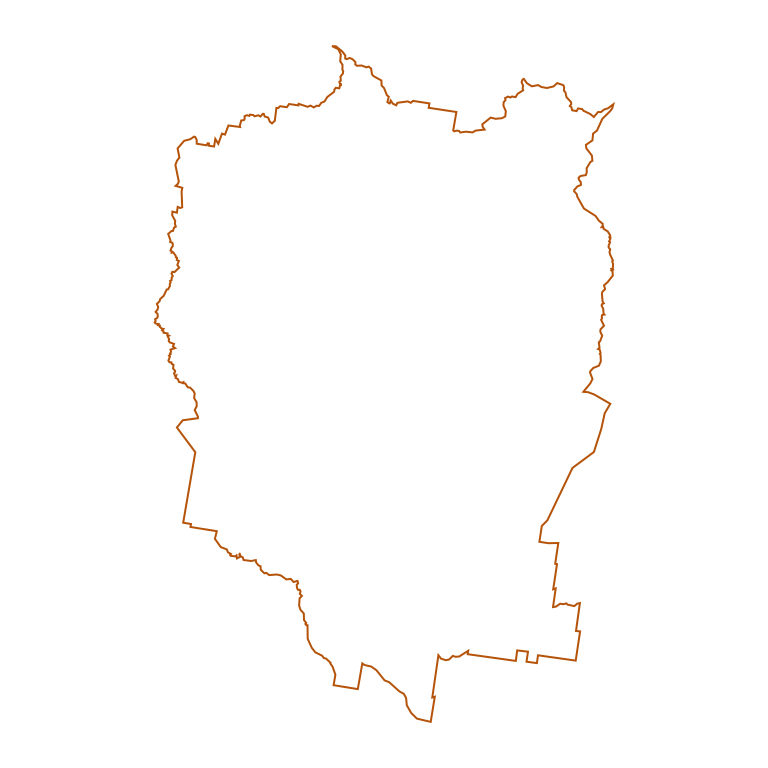 Cardinia, Victoria, Australia (Natural Earth projection)
{"feature_id": "25037944B56409622243598", "entity_name": "Cardinia", "entity_type": "district", "adm_level": 2, "iso_a3": "AUS", "parent_name": "Australia", "parent_adm1": "Victoria", "projection": "natural_earth1", "projection_center": [145.459, -38.095], "detail": "fine", "context": "isolated", "style": "outline", "palette": "amber", "viewbox_px": 768, "rotation_deg": 0, "n_neighbors": 0, "source": "geoboundaries", "source_scale": "gbopen_adm2", "svg_char_len": 6062}
<svg xmlns="http://www.w3.org/2000/svg" viewBox="0 0 768 768"><path d="M430.7,721.9L434.8,696.7L432.3,697.5L438.4,655.2L441.0,658.6L445.8,660.2L449.1,659.5L452.8,655.9L455.6,656.8L459.2,656.5L468.2,650.8L467.7,654.2L515.8,660.9L517.2,650.4L528.0,651.7L526.5,661.7L536.9,663.1L538.0,655.3L575.7,660.6L580.1,631.4L576.0,631.0L579.9,603.1L577.3,603.6L574.3,606.1L567.5,604.6L566.4,603.4L563.3,604.2L560.2,603.7L556.0,606.6L553.0,607.1L555.7,588.4L553.2,589.3L557.0,564.1L555.2,563.8L558.3,543.0L548.3,543.2L539.4,541.8L541.8,526.0L547.4,520.3L572.5,467.9L593.9,452.0L601.3,428.8L604.7,413.3L610.3,403.8L594.2,394.5L588.2,392.2L583.4,391.8L590.4,383.2L592.5,379.0L590.0,372.5L590.3,371.3L593.2,368.0L598.9,365.7L600.8,361.4L600.6,354.9L599.8,354.0L600.6,352.9L599.6,349.4L598.1,349.0L599.5,347.5L598.8,342.3L600.1,341.2L602.2,335.7L600.3,331.8L600.5,329.4L604.0,325.7L601.1,319.8L602.1,318.2L601.7,316.5L602.2,315.0L604.4,314.6L603.6,313.7L603.2,308.8L601.6,305.6L601.9,304.3L603.8,303.3L602.6,301.5L601.9,293.7L602.4,291.8L605.1,289.1L604.0,285.3L607.5,282.3L612.8,275.6L612.5,271.1L611.7,270.6L612.3,270.3L611.7,269.5L612.6,269.4L612.0,268.8L612.8,268.7L613.1,264.0L612.2,261.4L612.9,260.5L610.1,254.5L609.5,252.2L610.2,249.3L608.7,247.6L608.6,245.8L610.1,242.1L609.1,241.4L610.4,238.8L609.5,237.7L610.3,237.2L609.6,236.4L610.2,235.4L607.8,231.5L603.5,228.7L603.3,226.9L601.7,227.1L602.7,225.6L602.7,223.8L598.9,220.7L595.5,215.9L583.9,208.5L577.4,196.9L576.6,193.9L574.2,191.4L574.2,190.0L577.4,186.4L580.9,185.0L580.8,182.2L579.0,179.8L578.6,177.7L580.6,176.0L585.8,175.1L586.8,172.1L586.6,168.3L590.4,162.0L592.4,160.8L591.9,155.6L586.4,148.4L585.9,144.9L592.4,140.4L593.1,133.6L596.9,130.7L602.3,118.9L610.4,110.9L612.3,108.2L613.3,104.3L608.0,108.3L604.4,109.4L600.9,112.1L598.1,112.0L593.8,117.0L590.4,114.1L583.4,110.7L582.1,109.1L578.1,108.4L576.6,111.1L572.2,110.3L571.4,107.2L569.8,106.0L571.3,104.0L570.9,101.9L566.5,97.2L565.4,92.3L563.9,90.6L564.2,87.7L563.4,85.2L557.2,83.1L553.6,86.4L546.9,88.0L541.4,87.0L538.2,85.1L531.8,86.3L526.9,83.2L523.8,78.9L522.5,79.6L521.6,82.2L523.1,85.8L522.6,88.3L523.2,90.3L517.6,93.8L515.6,97.1L511.9,96.5L510.4,97.5L508.0,96.6L505.1,98.1L505.5,100.2L503.7,102.1L503.4,105.6L505.8,111.1L505.3,116.4L502.0,118.2L495.6,118.8L490.7,117.6L482.3,124.3L482.7,126.9L484.6,129.6L475.5,130.6L472.6,132.4L465.8,131.7L460.3,132.5L459.1,131.0L457.0,130.6L454.2,131.3L453.2,130.4L456.4,112.0L428.7,107.8L429.4,103.4L413.0,100.9L410.9,102.8L407.7,101.4L397.4,102.8L396.2,105.3L392.9,103.7L390.7,100.5L389.8,103.4L389.1,103.4L387.4,102.0L388.8,96.7L386.9,95.2L384.1,88.1L381.6,85.5L381.4,80.5L373.5,76.1L372.0,74.3L371.1,68.6L368.7,66.6L366.4,67.3L361.5,65.5L357.1,65.8L355.3,64.5L355.4,62.0L352.5,59.2L349.8,58.0L346.6,59.1L345.2,58.5L345.3,55.5L342.3,51.5L335.9,46.3L332.0,46.1L338.3,49.2L340.8,54.4L340.2,61.3L342.5,64.8L342.4,69.7L343.2,71.2L342.9,73.5L340.5,76.6L340.8,80.7L339.4,81.7L339.8,83.6L340.9,84.0L340.9,85.3L340.0,85.5L339.3,88.3L335.8,87.8L334.5,89.4L334.1,91.8L327.3,97.0L324.5,101.5L321.3,102.8L319.0,106.0L316.7,105.7L313.8,107.4L310.5,105.6L307.6,106.8L298.6,103.8L298.4,105.4L289.1,104.0L286.9,107.2L280.2,106.2L278.1,108.1L276.4,107.9L274.8,120.8L272.0,123.4L269.8,121.7L268.2,117.6L264.7,116.5L263.8,113.9L262.8,113.8L260.5,116.5L258.4,115.3L254.5,116.3L253.4,115.1L250.0,114.6L249.4,115.9L246.8,115.2L244.6,116.2L244.6,119.0L243.9,120.1L241.2,120.5L239.8,125.8L240.1,127.0L228.4,125.5L225.0,134.6L222.0,133.6L218.3,143.8L215.3,138.9L214.1,146.5L208.7,145.7L209.0,143.5L207.7,143.3L206.4,145.3L196.7,143.7L196.7,139.9L195.2,137.0L194.1,136.6L190.3,139.2L184.2,140.8L177.6,148.4L179.4,157.6L177.0,160.7L175.4,164.9L178.8,181.5L178.0,183.7L175.6,185.9L182.3,187.8L181.6,191.7L182.2,207.3L180.2,208.0L177.7,206.9L176.9,212.7L172.4,211.6L172.2,215.3L175.2,220.8L174.9,223.8L175.8,226.7L174.1,227.6L173.0,230.9L171.5,231.0L168.2,233.9L170.5,240.5L170.1,241.9L172.3,242.7L172.8,244.2L172.7,246.4L171.7,247.3L170.5,250.6L171.8,251.3L171.6,252.7L173.3,252.4L175.7,255.8L175.9,257.2L177.0,257.7L176.8,260.0L178.9,260.9L177.3,265.0L179.2,267.5L174.5,272.1L172.3,271.8L171.5,273.7L172.8,276.0L171.7,277.5L171.6,280.1L170.1,280.9L170.6,282.5L169.8,283.9L169.9,286.0L168.1,289.3L166.7,289.5L163.7,295.8L160.2,299.0L159.6,301.2L156.9,303.9L158.2,307.0L157.6,309.5L155.6,311.9L157.5,313.8L157.8,316.1L157.4,317.8L155.1,319.2L155.6,320.9L154.7,322.3L155.5,323.5L158.7,324.1L158.1,325.2L159.8,325.6L159.7,326.7L161.6,328.5L163.4,328.9L162.1,330.4L163.5,331.2L163.6,332.8L167.6,333.4L167.5,335.0L168.7,335.6L167.5,335.9L169.1,339.2L168.7,341.0L169.8,342.4L174.0,343.9L172.9,346.5L175.1,348.1L170.5,349.6L171.1,351.8L170.0,353.6L170.6,354.2L169.0,355.7L169.9,356.7L168.4,360.6L169.5,362.3L171.4,362.3L171.8,363.9L173.5,364.8L173.1,368.5L175.1,370.8L174.8,372.5L174.0,373.2L175.3,376.3L176.2,375.7L175.6,377.9L178.0,379.2L178.9,381.9L182.1,382.8L183.3,382.2L183.2,383.2L185.2,383.4L187.7,387.2L190.2,387.7L193.4,390.9L194.7,393.5L194.1,398.0L196.6,402.2L196.7,406.3L194.7,410.0L197.9,416.5L197.9,418.2L182.7,420.3L176.9,427.5L195.3,452.2L183.2,522.7L191.0,524.0L190.5,527.0L216.8,531.2L214.9,538.8L220.8,547.1L226.8,549.4L228.0,552.4L230.9,553.9L230.1,555.0L230.7,555.8L235.3,556.4L236.5,555.4L237.0,558.4L240.5,556.6L239.3,554.7L239.4,554.2L239.7,553.9L240.9,556.5L242.8,557.4L243.6,560.0L251.1,561.0L255.8,560.1L256.2,562.6L258.5,565.4L260.5,566.2L260.8,569.8L264.4,573.3L266.4,572.9L269.2,575.1L276.7,574.5L280.8,575.4L286.3,579.4L290.7,578.9L293.6,582.0L297.5,580.9L298.1,583.4L296.7,584.8L297.0,587.9L298.0,589.8L299.8,589.9L300.5,591.3L299.8,593.8L301.9,595.9L299.6,598.2L299.1,605.5L300.5,609.8L303.8,613.5L304.0,620.1L306.2,622.9L305.4,623.9L306.2,625.1L307.5,625.2L307.7,638.8L311.7,647.7L315.3,652.3L322.1,655.7L323.8,658.0L326.2,658.7L330.6,662.8L330.3,663.5L332.6,666.7L335.4,674.7L333.6,685.2L357.8,689.1L362.3,663.4L364.5,665.0L371.3,666.6L376.4,670.2L384.6,680.4L389.2,682.2L399.5,691.5L403.8,693.8L406.1,698.0L406.8,705.3L411.3,713.1L416.9,718.6L430.7,721.9Z" fill="none" stroke="#b45309" stroke-width="2"/></svg>